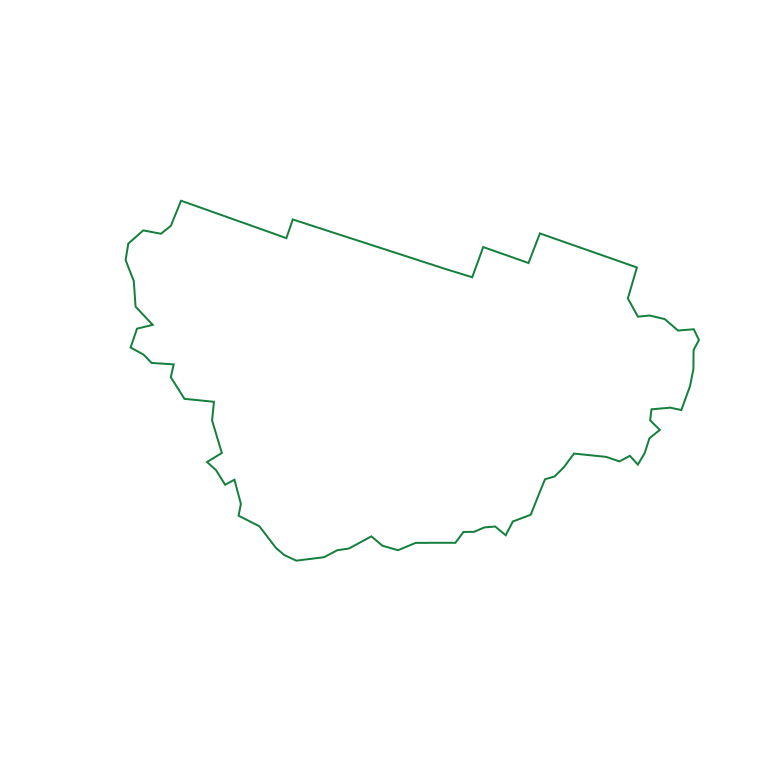 outline of Santo Antônio do Palma, Rio Grande do Sul, Brazil, rotated 200°
{"feature_id": "56859067B22273864175038", "entity_name": "Santo Antônio do Palma", "entity_type": "district", "adm_level": 2, "iso_a3": "BRA", "parent_name": "Brazil", "parent_adm1": "Rio Grande do Sul", "projection": "orthographic", "projection_center": [-52.014, -28.492], "detail": "fine", "context": "isolated", "style": "outline", "palette": "green", "viewbox_px": 768, "rotation_deg": 200, "n_neighbors": 0, "source": "geoboundaries", "source_scale": "gbopen_adm2", "svg_char_len": 1147}
<svg xmlns="http://www.w3.org/2000/svg" viewBox="0 0 768 768"><g transform="rotate(200 384 384)"><path d="M662.8,446.0L672.3,428.4L669.2,412.1L654.3,395.1L643.9,371.7L621.6,360.5L635.0,351.5L634.6,331.6L620.1,329.4L609.6,324.3L588.3,330.5L586.7,317.5L566.4,301.8L553.6,305.1L537.7,309.1L533.1,291.0L512.8,263.7L523.6,250.2L512.4,245.6L498.8,235.0L491.8,242.9L477.5,222.4L475.6,210.5L452.5,207.7L429.6,193.1L419.4,189.2L406.0,188.0L381.0,200.8L371.1,211.8L360.7,217.4L352.1,227.1L343.8,236.5L330.2,231.5L314.0,232.6L299.8,245.6L262.6,259.2L258.7,272.2L248.9,275.8L240.7,283.5L230.8,288.1L217.9,283.5L215.9,298.9L201.4,311.3L200.6,337.7L200.1,349.6L192.1,355.4L186.5,367.3L181.7,383.6L150.3,391.5L136.3,391.8L128.4,400.6L117.9,395.1L115.4,408.1L116.0,423.9L109.1,435.2L121.5,440.9L124.0,451.7L106.8,459.7L95.7,461.2L95.7,486.6L98.3,503.7L104.7,521.8L103.1,533.1L111.6,541.4L126.0,534.8L142.4,541.0L157.9,539.2L168.4,534.1L184.1,547.8L186.2,580.0L289.0,578.8L289.6,547.1L337.6,546.6L337.6,514.5L365.1,513.1L526.0,507.4L525.6,487.6L540.0,487.6L637.4,486.8L638.4,459.7L645.0,448.9L662.8,446.0Z" fill="none" stroke="#15803d" stroke-width="2"/></g></svg>